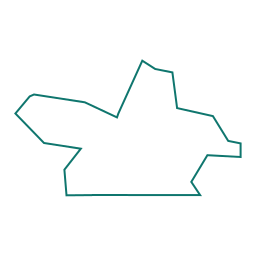 Danville, Virginia, United States of America
{"feature_id": "52423323B58138369943141", "entity_name": "Danville", "entity_type": "district", "adm_level": 2, "iso_a3": "USA", "parent_name": "United States of America", "parent_adm1": "Virginia", "projection": "natural_earth1", "projection_center": [-79.406, 36.593], "detail": "fine", "context": "isolated", "style": "outline", "palette": "teal", "viewbox_px": 256, "rotation_deg": 0, "n_neighbors": 0, "source": "geoboundaries", "source_scale": "gbopen_adm2", "svg_char_len": 400}
<svg xmlns="http://www.w3.org/2000/svg" viewBox="0 0 256 256"><path d="M200.1,195.1L191.3,181.9L207.4,155.2L240.6,157.0L240.6,143.4L228.2,140.9L212.9,116.1L177.1,108.1L172.4,72.4L155.2,69.0L142.3,60.7L118.3,113.6L117.0,117.4L84.8,102.3L34.0,94.5L29.7,96.4L15.4,113.5L44.0,143.0L80.8,148.7L64.4,169.7L66.5,195.3L91.9,195.1L92.2,195.0L200.1,195.1Z" fill="none" stroke="#0f766e" stroke-width="2"/></svg>